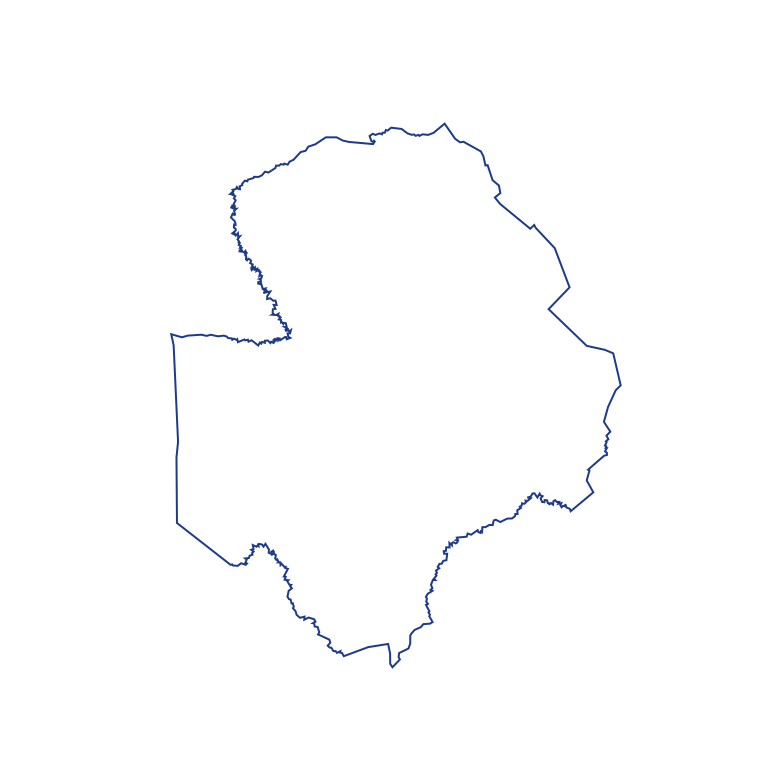 outline of Villaguay, Entre Ríos, Argentina, rotated 304°
{"feature_id": "61730980B76391862557900", "entity_name": "Villaguay", "entity_type": "district", "adm_level": 2, "iso_a3": "ARG", "parent_name": "Argentina", "parent_adm1": "Entre Ríos", "projection": "robinson", "projection_center": [-59.127, -31.648], "detail": "fine", "context": "isolated", "style": "outline", "palette": "blue", "viewbox_px": 768, "rotation_deg": 304, "n_neighbors": 0, "source": "geoboundaries", "source_scale": "gbopen_adm2", "svg_char_len": 6166}
<svg xmlns="http://www.w3.org/2000/svg" viewBox="0 0 768 768"><g transform="rotate(304 384 384)"><path d="M135.9,502.9L157.0,518.0L170.8,532.8L163.9,539.8L155.5,545.6L153.9,549.4L164.5,551.2L165.8,548.8L169.4,547.0L178.4,552.2L183.5,550.9L190.2,546.4L192.7,546.3L197.3,546.9L203.0,550.5L206.9,550.9L211.1,556.2L213.8,557.4L216.8,551.4L218.5,551.0L219.5,548.6L220.9,548.8L224.4,542.3L226.3,543.4L227.2,540.7L230.0,539.7L230.9,537.8L234.6,537.6L239.6,539.8L239.4,537.7L241.7,538.3L243.9,535.2L248.8,534.1L250.2,536.1L250.6,534.2L254.5,534.7L255.1,533.2L257.0,533.5L258.4,531.4L262.1,532.8L262.4,530.8L266.0,530.6L267.3,532.4L270.5,532.0L272.8,534.3L278.6,531.3L276.9,528.8L278.8,527.0L280.3,528.6L283.4,526.9L285.2,529.8L288.8,527.1L288.3,530.5L289.7,529.3L291.5,529.8L292.0,532.7L293.5,533.3L295.4,533.0L294.9,531.2L296.2,532.1L297.4,530.3L303.6,537.9L306.8,537.0L307.8,540.5L315.2,543.4L314.0,545.1L314.5,547.3L316.0,546.7L316.0,548.2L320.3,545.6L322.1,548.2L326.2,550.2L327.8,553.0L332.3,551.3L334.0,552.6L334.6,557.6L341.3,561.4L344.2,565.4L347.9,566.5L349.6,565.6L350.9,567.4L353.8,565.1L357.8,566.8L358.2,565.2L360.0,566.1L362.3,565.2L363.0,567.2L365.5,567.9L366.5,566.6L367.4,568.4L371.3,569.5L370.1,566.3L372.6,568.6L376.3,568.4L377.5,569.8L375.7,574.6L380.1,574.4L379.2,575.7L379.7,578.2L376.7,577.8L374.6,581.1L375.7,583.1L377.6,582.1L378.8,584.2L376.9,586.4L377.6,588.0L376.1,588.3L378.7,589.0L378.5,591.6L381.6,590.0L383.4,590.9L382.8,593.2L384.2,595.1L382.1,595.4L384.4,597.6L382.1,598.0L381.1,600.2L383.0,600.5L383.9,602.5L385.8,601.5L383.7,604.4L384.4,607.8L382.9,609.9L411.2,618.1L417.4,606.0L427.2,602.7L427.1,601.1L447.7,606.6L449.8,608.5L451.6,607.3L451.8,604.9L455.5,604.6L454.9,603.5L456.7,603.1L456.5,601.6L460.2,601.1L460.5,600.0L463.7,600.9L465.6,597.3L471.0,598.3L475.6,587.5L490.2,582.6L508.4,579.6L515.2,581.0L537.6,556.9L535.8,547.9L529.0,530.8L538.1,478.6L567.9,483.8L592.1,449.6L598.3,422.4L599.8,419.6L594.5,418.4L598.2,379.6L600.6,371.6L607.3,373.7L612.8,368.3L613.7,360.0L623.4,347.5L621.9,345.9L628.4,339.0L631.0,334.3L629.3,314.5L626.9,311.9L627.1,305.8L633.7,288.7L619.9,284.6L615.2,281.3L612.6,276.4L609.5,274.6L609.9,273.4L607.4,271.4L607.7,269.4L606.0,267.5L604.9,263.2L605.3,256.0L600.5,246.6L596.1,245.3L595.6,243.5L592.9,244.2L591.5,242.3L589.9,242.7L589.3,240.3L585.7,237.6L585.1,234.7L581.5,233.4L578.4,237.6L578.5,239.6L580.1,239.6L579.9,240.7L576.8,240.8L565.1,219.6L562.8,213.8L562.0,206.8L555.9,197.8L544.3,193.0L538.4,188.5L533.5,188.6L529.7,185.2L519.3,183.6L515.6,181.4L512.0,181.5L510.9,178.0L509.7,178.1L508.6,175.5L506.5,175.0L504.7,172.4L502.4,173.2L494.8,170.0L493.4,166.6L488.7,166.1L485.5,164.2L483.1,160.4L481.7,160.6L477.4,157.0L475.6,157.3L474.9,155.0L470.6,154.4L469.7,155.3L467.1,153.8L465.0,155.7L464.2,154.1L465.0,151.9L462.9,152.2L460.3,149.9L459.8,151.3L455.7,150.4L456.9,152.0L455.2,152.3L457.4,152.8L456.6,153.8L457.3,154.3L456.5,154.2L456.6,155.6L454.0,155.7L453.4,158.3L448.9,158.8L448.0,160.5L446.4,160.1L446.8,158.5L444.9,158.7L445.3,161.1L447.1,161.4L445.8,162.2L446.8,163.6L443.7,162.9L441.2,165.8L440.3,165.3L440.5,163.3L436.5,164.0L435.5,169.2L434.1,171.1L432.8,172.0L432.4,170.6L429.8,172.0L429.6,174.4L428.3,175.2L424.0,174.0L424.3,176.7L425.2,176.3L424.3,178.1L427.3,178.6L424.4,180.8L425.8,181.9L422.0,181.7L421.1,184.2L419.9,184.4L420.2,185.6L418.0,185.9L418.4,188.2L416.3,188.4L417.1,189.8L415.3,189.8L416.0,190.3L415.3,191.5L413.6,190.9L415.3,194.5L416.9,194.7L416.2,195.8L414.9,194.9L414.3,195.8L415.3,196.9L413.0,197.2L412.9,198.3L410.1,199.9L410.0,201.4L412.0,201.4L412.3,203.8L411.4,205.2L409.4,205.4L409.7,208.3L408.0,208.6L407.9,210.4L405.9,209.1L404.5,210.6L408.4,211.8L406.5,213.0L408.6,214.3L406.4,215.1L408.6,216.2L408.0,218.1L407.5,217.0L407.1,219.1L403.9,220.3L405.4,221.0L405.4,222.5L403.1,223.1L401.5,222.1L401.9,223.3L400.5,224.4L398.2,222.8L396.9,223.5L397.6,225.6L399.0,225.5L395.0,230.3L396.9,232.3L394.7,232.2L393.9,234.0L391.9,233.2L394.1,235.0L395.8,234.3L395.2,236.1L397.1,238.0L391.5,238.1L389.1,239.6L391.5,241.8L391.1,245.7L392.5,247.4L389.5,250.8L387.9,248.3L385.6,252.0L383.8,250.1L380.8,251.8L380.3,253.5L379.0,252.7L380.9,256.1L383.2,257.2L381.3,258.0L381.3,259.3L382.5,259.1L381.0,259.9L381.3,261.0L378.8,260.8L379.5,262.9L377.3,264.3L378.2,265.4L377.4,267.0L378.7,266.9L379.5,268.6L376.8,271.5L375.7,269.9L375.9,272.8L374.0,272.0L373.3,272.9L374.7,274.5L375.4,273.8L374.6,276.0L376.6,276.7L373.4,277.8L372.0,275.8L369.7,278.2L369.8,280.5L366.7,278.3L368.2,276.6L367.7,275.7L362.3,273.5L363.2,272.3L361.2,271.9L362.8,270.9L362.4,270.0L359.9,270.1L360.4,268.4L358.9,267.7L357.8,268.3L358.5,269.4L356.3,269.5L355.9,266.8L354.4,266.9L355.1,263.4L353.2,261.0L351.6,262.2L350.6,259.2L348.8,259.6L348.9,257.9L345.6,258.2L346.2,249.7L343.3,248.0L344.6,246.4L342.5,244.5L342.8,243.3L337.0,239.5L339.1,237.3L338.1,237.0L337.7,234.3L335.8,233.5L336.7,232.3L334.9,229.1L335.4,227.0L334.4,224.0L330.7,219.7L327.9,212.8L324.7,210.0L322.7,205.0L314.5,194.4L309.7,190.3L306.3,179.8L298.4,188.0L220.9,245.6L207.1,253.0L153.0,290.1L148.3,357.9L149.5,359.0L149.0,360.0L151.4,364.4L155.5,365.8L156.8,370.5L158.6,370.8L158.4,369.0L161.7,368.3L161.8,366.5L164.2,369.3L166.4,368.6L169.0,370.4L169.9,369.2L172.2,369.6L172.3,366.7L174.2,368.1L177.1,365.3L177.8,369.3L179.0,369.4L179.3,370.8L180.8,369.3L181.6,369.8L182.7,372.8L181.8,375.0L185.2,375.1L182.4,381.2L179.6,382.8L180.2,386.0L181.9,384.4L183.9,385.3L183.1,386.8L180.7,387.0L181.7,387.7L181.7,390.0L178.5,391.4L178.0,393.0L179.0,393.4L177.9,395.6L176.7,395.7L178.1,397.7L176.1,399.4L177.7,399.6L176.7,403.5L177.4,404.6L176.3,404.9L177.0,407.7L168.4,408.6L169.2,410.3L166.2,411.1L167.8,414.3L166.5,413.9L164.7,417.9L165.5,419.4L163.8,419.4L163.1,421.9L159.3,420.6L153.7,422.9L152.5,425.5L153.1,427.1L150.4,430.1L151.2,431.1L148.8,433.8L147.2,433.9L146.2,437.7L143.8,440.6L143.2,445.1L146.7,448.2L144.0,449.7L148.2,452.1L149.9,457.6L148.6,460.1L146.0,458.8L146.5,460.0L144.2,462.1L145.4,464.9L141.9,469.2L139.5,469.4L141.5,481.6L139.6,484.1L135.6,483.7L135.1,486.2L135.9,487.8L134.3,491.4L135.5,493.3L134.8,495.3L138.1,497.2L136.7,497.7L137.5,499.6L135.9,502.9Z" fill="none" stroke="#1e3a8a" stroke-width="2"/></g></svg>